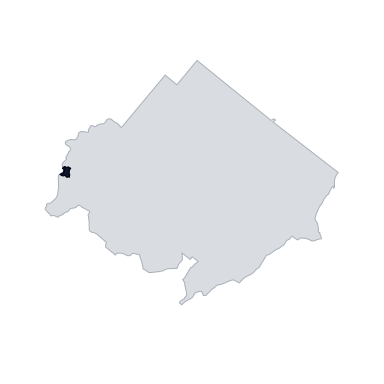 Um Dukhun, Central Darfur, Sudan shown in context, rotated 40°
{"feature_id": "16777658B96624341658613", "entity_name": "Um Dukhun", "entity_type": "district", "adm_level": 2, "iso_a3": "SDN", "parent_name": "Sudan", "parent_adm1": "Central Darfur", "projection": "albers", "projection_center": [23.084, 11.374], "detail": "fine", "context": "in_parent", "style": "filled", "palette": "ink", "viewbox_px": 384, "rotation_deg": 40, "n_neighbors": 0, "source": "geoboundaries", "source_scale": "gbopen_adm2", "svg_char_len": 4558}
<svg xmlns="http://www.w3.org/2000/svg" viewBox="0 0 384 384"><g transform="rotate(40 192 192)"><path d="M256.7,285.0L253.8,285.1L253.4,284.4L253.4,282.4L253.7,281.0L254.7,278.6L254.3,277.4L254.4,275.5L253.6,273.5L246.3,267.9L244.9,266.3L241.0,264.9L241.6,263.2L239.6,251.1L240.3,249.7L240.5,247.6L240.4,245.7L241.2,242.6L241.3,241.3L233.8,241.4L233.7,242.8L234.1,244.3L234.1,244.8L223.7,245.2L228.0,249.8L228.3,251.9L228.1,254.5L228.2,256.2L228.5,257.3L229.7,259.4L229.6,259.8L229.4,260.3L222.2,266.9L221.0,269.8L220.1,271.4L218.0,274.1L211.4,281.0L210.3,281.5L205.1,281.9L204.6,282.1L204.2,282.4L199.4,278.5L191.9,273.9L187.0,276.5L185.7,277.4L185.7,279.7L185.0,280.9L183.7,282.2L180.1,283.1L178.2,283.8L175.9,285.2L173.8,287.4L173.6,288.5L173.9,289.5L161.3,289.7L160.4,288.9L158.5,285.4L157.3,285.6L145.8,285.4L144.1,285.8L140.9,287.3L139.2,287.5L137.5,286.9L131.4,279.9L130.1,279.1L128.7,277.4L127.4,276.7L127.0,276.1L126.8,275.4L126.8,273.8L126.4,272.9L125.4,272.7L117.4,274.4L116.2,274.2L114.5,274.5L113.9,274.8L113.2,275.7L113.1,277.7L112.9,278.6L112.3,279.7L110.0,282.1L109.5,283.1L109.6,285.8L109.5,287.1L109.1,287.7L108.1,288.8L107.8,289.3L107.4,292.7L106.1,294.8L105.8,295.5L105.8,297.0L105.6,297.4L101.9,298.6L100.5,299.3L99.7,300.5L99.5,301.0L97.9,300.6L95.9,300.3L92.1,299.9L90.5,299.4L89.8,298.6L90.0,296.6L89.6,296.1L89.0,295.8L88.6,294.9L88.7,293.8L90.7,291.4L91.1,290.2L91.7,284.3L91.5,282.4L89.9,279.1L86.2,273.4L85.3,272.3L80.7,267.5L80.2,266.8L79.1,264.9L80.3,260.5L80.4,259.3L80.1,258.0L78.9,257.1L77.9,257.0L76.5,255.8L75.6,255.3L74.8,254.2L74.3,252.8L74.7,247.7L74.4,247.0L73.3,246.8L73.0,246.4L73.0,245.4L72.4,242.5L71.7,240.1L72.1,238.7L71.1,236.9L69.3,236.1L65.6,236.7L64.5,236.6L63.7,236.2L63.2,235.6L62.9,234.8L63.2,233.6L64.2,231.4L65.5,229.6L68.1,228.0L68.8,227.1L69.2,226.2L69.3,225.0L69.1,223.9L68.8,222.8L68.1,221.4L67.4,219.7L67.3,218.6L67.7,217.8L68.4,216.8L71.0,214.9L73.7,213.4L74.1,212.8L73.9,212.2L72.7,210.9L72.3,208.3L71.7,206.6L73.0,205.3L74.0,204.8L75.6,204.4L76.2,203.8L76.4,202.8L76.3,201.8L76.9,201.0L77.6,199.4L78.2,198.7L80.2,196.8L80.7,195.6L80.8,194.4L80.3,190.9L81.4,189.4L82.9,188.1L85.1,188.2L88.4,188.0L90.7,187.4L92.3,187.5L96.0,188.1L96.3,187.8L96.5,186.9L96.3,119.7L111.3,119.6L111.5,119.5L111.3,88.0L205.7,86.4L206.5,86.2L207.9,83.2L208.5,83.0L209.5,83.2L209.8,83.8L209.1,86.3L291.4,83.1L291.8,86.7L292.6,89.5L295.1,93.5L297.2,95.6L298.0,96.8L298.1,97.4L298.0,97.9L297.4,97.3L296.3,97.0L296.3,98.9L297.0,102.8L297.9,105.6L297.4,108.2L297.7,112.5L299.1,117.7L299.0,121.0L301.1,128.7L303.0,132.9L304.0,133.9L305.0,134.5L307.1,134.7L310.1,136.8L312.6,139.0L313.5,140.2L314.7,141.4L315.4,141.2L315.9,140.8L316.7,141.8L320.5,143.9L321.1,145.0L319.8,146.1L318.4,148.0L317.7,149.8L317.4,150.3L316.2,151.5L316.0,152.0L315.5,152.3L314.9,152.4L313.7,153.0L312.5,152.9L311.4,153.3L311.0,153.7L310.1,154.1L308.9,154.4L307.0,155.9L305.4,156.7L304.8,157.3L304.1,160.2L303.5,161.0L301.0,161.2L299.8,161.5L298.1,161.2L297.3,161.3L297.1,161.9L296.9,164.4L297.0,165.5L295.7,168.3L296.4,173.6L295.2,177.6L295.1,178.5L293.8,181.6L293.2,182.8L291.7,188.7L291.1,190.6L289.7,192.5L291.9,206.5L290.8,210.8L291.0,213.2L290.3,216.7L289.6,218.3L288.6,220.3L287.7,222.5L287.0,225.4L286.7,230.8L286.5,231.3L282.0,232.1L280.6,232.6L279.7,233.2L278.6,234.7L276.5,238.6L275.4,240.9L273.6,244.2L271.5,246.5L271.1,247.7L270.8,249.7L270.1,253.0L269.5,255.3L269.7,257.1L269.1,260.4L269.3,261.9L268.6,262.8L267.6,263.7L266.9,263.9L263.6,261.9L261.5,263.5L260.2,265.6L259.2,267.7L260.0,272.1L260.0,273.1L259.7,274.2L257.8,278.6L257.2,280.6L256.7,284.1L256.7,285.0Z" fill="#d9dde1" stroke="#a8b0b8" stroke-width="1"/><path d="M77.6,256.1L77.7,256.3L77.9,256.5L77.9,257.0L78.3,257.0L78.5,256.9L80.3,256.7L80.3,257.8L80.2,258.4L80.3,258.5L80.6,258.6L80.8,258.6L81.0,258.7L81.0,258.8L81.1,259.6L81.1,259.8L81.1,260.1L80.9,260.5L80.5,261.1L80.4,261.5L80.2,262.0L79.8,263.1L80.2,263.1L80.4,263.1L80.5,263.1L80.9,263.1L81.4,263.0L81.6,262.9L81.9,262.8L82.0,262.8L82.2,262.7L82.6,262.5L82.7,262.4L83.0,262.2L83.1,261.9L83.3,261.7L83.5,261.3L83.6,261.2L83.8,260.9L84.1,260.7L84.5,260.8L85.3,261.0L85.5,261.0L85.9,261.0L86.5,261.0L86.8,260.7L87.0,260.5L87.1,260.4L87.2,260.2L87.3,260.0L87.3,259.9L87.5,259.6L88.2,259.5L88.3,259.4L88.1,259.2L87.6,258.5L87.6,258.3L86.8,257.2L86.3,257.2L85.6,256.4L84.8,255.6L84.5,255.0L84.2,254.5L83.8,253.8L83.8,252.2L83.5,252.0L82.1,252.5L81.5,252.3L80.7,253.3L80.3,253.9L79.9,254.3L78.7,254.2L78.3,254.4L78.0,254.9L77.8,255.6L77.7,256.0L77.6,256.1Z" fill="#0f172a" stroke="#020617" stroke-width="1.5"/></g></svg>